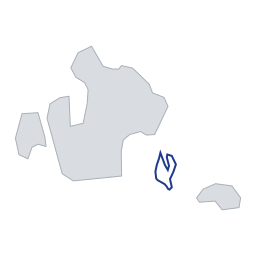 where Lumparland sits in Aland
{"feature_id": "ALD-4819", "entity_name": "Lumparland", "entity_type": "state/province", "adm_level": 1, "iso_a3": "ALA", "parent_name": "Aland", "parent_adm1": "", "projection": "mercator", "projection_center": [20.249, 60.105], "detail": "fine", "context": "in_parent", "style": "outline", "palette": "blue", "viewbox_px": 256, "rotation_deg": 0, "n_neighbors": 0, "source": "natural_earth", "source_scale": "10m", "svg_char_len": 1025}
<svg xmlns="http://www.w3.org/2000/svg" viewBox="0 0 256 256"><path d="M112.4,69.0L118.7,69.1L121.5,65.6L132.6,68.1L149.2,84.2L152.5,92.9L164.0,97.4L168.0,106.4L154.7,134.5L146.5,135.1L140.4,131.5L129.7,134.6L123.3,139.9L121.2,151.6L121.6,176.0L73.3,180.9L62.2,173.7L47.0,118.2L50.0,103.8L60.2,97.6L69.0,96.3L70.3,126.3L83.1,123.3L87.2,103.6L88.1,89.6L84.6,82.6L75.8,77.2L70.8,67.8L78.1,52.7L91.5,46.2L103.1,66.3L112.4,69.0ZM44.9,137.2L46.0,146.5L38.1,144.2L32.0,147.3L27.9,158.8L19.0,154.7L15.4,138.3L22.0,113.7L38.0,112.7L44.9,137.2ZM240.6,197.8L239.0,207.6L222.2,209.8L215.1,201.1L199.4,202.2L196.6,197.8L203.2,189.1L215.6,183.7L231.9,185.9L240.6,197.8Z" fill="#d9dde1" stroke="#a8b0b8" stroke-width="1"/><path d="M171.8,155.9L175.9,164.4L173.4,171.8L170.0,179.1L171.8,187.2L169.5,189.6L168.0,188.8L166.6,186.4L164.6,184.1L157.7,180.2L156.2,178.5L155.4,171.6L156.8,164.9L159.0,158.5L160.4,152.8L165.0,165.2L167.8,170.0L169.0,165.8L166.8,157.3L167.3,154.5L171.8,155.9Z" fill="none" stroke="#1e3a8a" stroke-width="2"/></svg>